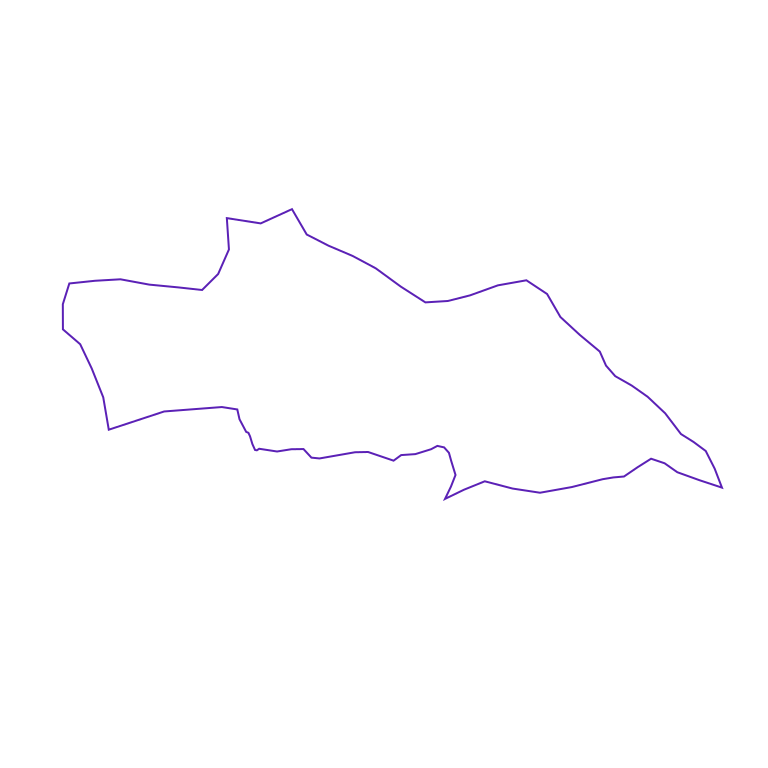 an SVG outline of Hajigabul, rotated 341°
{"feature_id": "AZE-1694", "entity_name": "Hajigabul", "entity_type": "District", "adm_level": 1, "iso_a3": "AZE", "parent_name": "Azerbaijan", "parent_adm1": "", "projection": "natural_earth1", "projection_center": [48.915, 40.078], "detail": "fine", "context": "isolated", "style": "outline", "palette": "violet", "viewbox_px": 768, "rotation_deg": 341, "n_neighbors": 0, "source": "natural_earth", "source_scale": "10m", "svg_char_len": 1173}
<svg xmlns="http://www.w3.org/2000/svg" viewBox="0 0 768 768"><g transform="rotate(341 384 384)"><path d="M353.9,188.7L359.6,217.5L376.6,235.2L396.0,252.7L413.9,272.0L431.6,297.4L449.7,320.3L471.4,326.3L494.2,328.2L523.8,327.8L552.4,332.3L567.5,352.0L572.6,378.1L585.1,401.3L598.6,423.6L599.9,438.9L605.2,451.9L617.7,466.1L629.1,481.9L640.3,503.2L648.5,528.0L657.9,539.7L666.4,552.1L669.1,571.7L669.8,592.0L651.0,577.7L632.6,562.9L623.5,550.3L612.2,541.6L596.9,545.2L580.8,549.6L570.4,547.0L559.7,545.2L528.1,542.6L496.1,537.6L471.5,524.7L447.6,508.8L425.2,510.0L404.3,512.5L413.9,502.8L422.0,493.3L422.5,478.6L423.0,470.2L420.2,463.5L414.3,459.9L407.3,461.0L390.8,460.5L377.1,456.8L368.1,459.6L346.8,443.1L334.4,439.1L298.8,433.4L291.4,430.0L286.7,419.3L275.1,415.5L260.9,413.0L244.9,404.6L242.2,405.3L240.6,404.4L240.0,398.0L240.3,389.8L239.9,386.0L238.1,384.4L235.9,370.3L237.0,360.3L223.2,353.0L167.2,338.4L108.9,337.6L114.2,305.2L112.7,274.1L109.7,247.5L98.2,227.8L106.3,204.0L119.2,186.5L144.3,192.3L168.9,199.2L194.4,213.6L221.2,225.8L242.6,235.9L263.0,226.0L281.2,206.3L289.4,176.0L319.7,192.0L353.9,188.7Z" fill="none" stroke="#5b21b6" stroke-width="2"/></g></svg>